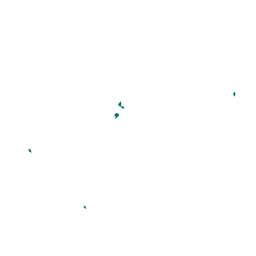 the border of Chuuk, rotated 305°
{"feature_id": "FSM-4942", "entity_name": "Chuuk", "entity_type": "state/province", "adm_level": 1, "iso_a3": "FSM", "parent_name": "Federated States of Micronesia", "parent_adm1": "", "projection": "albers", "projection_center": [151.099, 7.137], "detail": "fine", "context": "isolated", "style": "filled", "palette": "teal", "viewbox_px": 256, "rotation_deg": 305, "n_neighbors": 0, "source": "natural_earth", "source_scale": "10m", "svg_char_len": 978}
<svg xmlns="http://www.w3.org/2000/svg" viewBox="0 0 256 256"><g transform="rotate(305 128 128)"><path d="M130.9,110.4L132.3,110.1L132.8,110.3L133.4,111.0L133.4,111.6L133.2,112.4L132.7,112.7L132.3,112.1L132.0,112.1L131.6,112.4L131.2,112.4L130.6,112.2L130.0,112.1L130.3,111.9L130.6,111.9L131.0,111.7L132.1,111.4L132.3,111.2L132.1,110.7L131.2,110.9L130.9,110.4ZM142.6,107.3L142.9,107.1L143.2,107.2L143.7,107.3L144.3,107.3L143.9,107.8L143.2,108.3L142.4,108.6L141.8,108.7L141.7,108.2L141.8,107.8L142.0,107.1L142.3,107.1L142.6,107.3ZM216.0,196.3L216.1,195.8L216.7,195.3L217.3,195.0L217.7,195.1L217.6,195.4L217.0,195.8L216.4,196.1L216.0,196.3ZM52.9,61.5L52.8,60.9L52.9,60.2L53.2,59.7L53.7,59.8L53.7,60.1L53.5,60.7L53.1,61.2L52.9,61.5ZM141.8,113.2L141.7,111.6L141.7,111.0L142.0,111.3L142.2,111.8L142.1,112.3L142.0,112.7L141.8,113.2ZM38.3,138.5L38.3,138.2L38.4,137.7L38.6,137.6L38.7,137.9L38.6,138.1L38.5,138.3L38.3,138.5Z" fill="#14b8a6" stroke="#0f766e" stroke-width="1.5"/></g></svg>